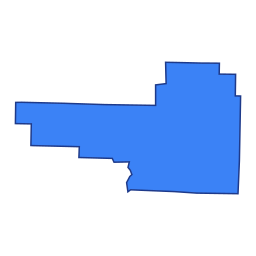 Hot Spring, Arkansas, United States of America (Albers equal-area conic projection)
{"feature_id": "52423323B56069196588266", "entity_name": "Hot Spring", "entity_type": "district", "adm_level": 2, "iso_a3": "USA", "parent_name": "United States of America", "parent_adm1": "Arkansas", "projection": "albers", "projection_center": [-93.028, 34.328], "detail": "fine", "context": "isolated", "style": "filled", "palette": "blue", "viewbox_px": 256, "rotation_deg": 0, "n_neighbors": 0, "source": "geoboundaries", "source_scale": "gbopen_adm2", "svg_char_len": 577}
<svg xmlns="http://www.w3.org/2000/svg" viewBox="0 0 256 256"><path d="M15.7,102.4L15.4,123.6L31.3,123.9L30.9,145.5L32.7,145.6L63.2,146.3L79.3,146.7L78.9,157.5L112.3,158.4L114.0,162.2L129.3,161.9L128.0,167.4L130.3,170.3L131.9,174.6L129.8,176.5L126.6,182.6L127.9,191.8L130.6,189.8L174.5,191.6L196.6,193.1L238.0,193.7L239.4,160.6L240.6,96.0L235.3,95.9L235.6,74.3L219.2,74.1L219.4,63.2L208.0,63.1L202.7,63.1L176.3,62.5L165.6,62.3L166.1,83.6L155.6,84.9L155.6,105.4L104.6,104.6L69.8,103.5L64.4,103.3L21.7,102.3L15.7,102.4Z" fill="#3b82f6" stroke="#1e3a8a" stroke-width="1.5"/></svg>